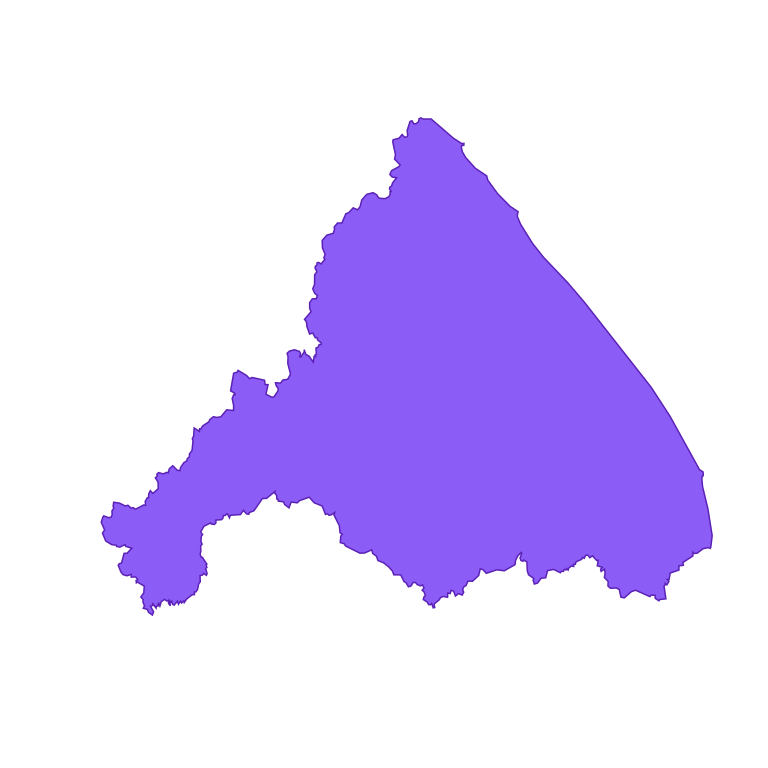 outline of Tomatlán, Jalisco, Mexico, rotated 171°
{"feature_id": "50627088B62386575329079", "entity_name": "Tomatlán", "entity_type": "district", "adm_level": 2, "iso_a3": "MEX", "parent_name": "Mexico", "parent_adm1": "Jalisco", "projection": "equal_earth", "projection_center": [-105.032, 19.938], "detail": "fine", "context": "isolated", "style": "filled", "palette": "violet", "viewbox_px": 768, "rotation_deg": 171, "n_neighbors": 0, "source": "geoboundaries", "source_scale": "gbopen_adm2", "svg_char_len": 6159}
<svg xmlns="http://www.w3.org/2000/svg" viewBox="0 0 768 768"><g transform="rotate(171 384 384)"><path d="M657.5,211.6L655.6,208.8L656.2,206.4L655.3,202.4L656.8,200.1L653.1,198.5L652.2,195.2L648.9,192.0L647.2,195.1L649.4,201.1L646.6,201.4L647.0,204.0L644.2,198.3L643.6,200.2L641.7,200.1L641.0,203.4L640.1,199.7L638.1,203.8L634.4,205.6L632.7,203.8L630.9,203.9L631.1,201.0L629.7,198.3L629.6,203.5L628.5,201.8L627.7,202.6L627.3,199.5L625.9,198.4L622.0,201.9L621.5,198.6L618.9,201.4L618.2,199.4L615.6,201.1L615.5,199.4L612.5,202.5L606.4,205.9L604.2,205.6L603.8,208.3L602.3,208.1L600.3,210.2L598.3,215.6L596.4,217.4L595.7,223.5L593.1,223.7L591.9,225.2L589.4,222.8L588.4,224.3L588.9,229.8L587.6,230.6L588.1,233.1L587.1,233.8L590.6,241.3L591.8,241.7L592.2,244.9L591.0,247.5L590.5,252.5L588.7,254.3L589.4,257.2L588.3,262.2L586.7,263.6L588.2,266.6L584.0,271.7L577.0,273.9L576.5,272.7L573.5,271.8L571.8,273.0L571.3,275.9L565.7,275.4L564.1,276.6L563.3,279.2L561.2,279.0L559.8,280.3L559.0,280.3L557.6,276.0L556.3,278.4L546.2,277.5L542.6,281.2L540.1,277.2L537.9,276.5L537.2,278.1L532.3,279.1L522.0,289.9L517.9,289.4L508.5,294.9L509.1,293.4L507.4,290.6L507.9,287.3L506.5,286.0L506.7,284.8L501.6,283.3L501.0,280.5L497.2,276.5L494.2,281.9L488.2,280.2L485.7,282.0L475.6,283.9L471.5,277.6L464.1,273.1L462.2,264.3L460.1,264.7L458.9,263.0L456.7,263.0L452.8,264.7L453.9,262.4L450.3,251.1L450.7,243.9L448.7,242.1L450.5,240.5L452.0,234.2L448.3,232.5L447.4,230.1L434.3,220.7L429.7,220.1L422.0,222.1L421.7,218.5L418.4,215.1L417.6,210.6L412.2,207.3L407.9,202.5L404.9,197.9L404.2,194.0L397.3,192.8L395.1,185.7L393.3,184.2L391.6,179.9L388.9,180.3L386.3,183.4L383.9,183.0L382.6,180.7L379.5,178.9L377.3,179.5L376.4,176.2L378.6,174.4L376.9,172.2L376.2,168.4L378.0,167.3L378.9,164.9L375.5,162.0L374.4,159.1L372.6,158.7L371.3,159.8L370.4,155.2L368.9,155.3L368.9,158.9L363.0,162.3L361.8,164.1L358.8,164.9L354.6,163.4L353.7,167.6L351.4,166.7L350.0,169.7L347.7,168.5L346.6,163.4L343.2,165.3L339.8,163.3L337.9,165.8L338.4,168.9L336.9,171.2L334.5,172.1L331.8,176.3L327.5,175.3L320.4,180.1L317.8,186.5L315.3,185.1L312.6,181.0L301.6,182.8L294.4,180.7L282.8,185.1L281.7,189.1L278.8,193.3L274.9,196.2L274.4,195.3L276.8,191.0L276.4,188.3L274.5,187.2L273.4,188.2L270.7,185.9L271.7,177.1L271.1,173.0L266.5,168.5L267.4,166.8L266.8,162.9L263.4,163.4L259.2,167.6L254.6,167.3L251.7,174.1L245.4,174.3L239.4,170.0L237.8,171.4L236.1,170.8L234.8,172.7L233.4,171.9L232.6,173.1L231.3,171.4L230.6,173.0L227.6,174.9L225.1,174.1L225.1,176.2L223.2,176.0L222.2,178.3L216.2,179.9L215.1,181.7L213.5,180.5L211.7,183.2L209.5,183.2L207.9,180.2L205.0,181.7L201.5,176.4L200.0,176.4L201.8,171.1L197.1,168.8L199.1,167.1L198.9,165.0L195.1,166.6L195.2,162.7L196.6,158.4L193.5,153.9L194.4,149.4L192.2,146.8L186.5,146.2L183.8,144.2L183.3,136.3L180.0,135.2L172.0,140.3L167.7,140.9L154.6,132.4L153.2,133.7L149.4,133.0L149.6,129.8L146.4,126.9L145.3,128.0L139.2,127.7L139.0,140.7L137.6,141.6L137.5,142.9L136.0,141.4L133.4,144.6L134.7,146.6L133.0,146.4L130.9,152.5L121.8,154.1L121.1,158.3L116.7,158.1L116.8,160.9L105.9,165.8L105.2,169.4L104.4,168.1L101.1,167.9L94.7,171.4L89.5,171.7L87.6,170.6L86.8,171.6L83.6,182.8L83.6,210.1L85.4,232.6L84.9,240.6L84.2,243.0L83.0,243.5L82.6,247.2L85.8,250.1L106.6,307.5L120.7,339.1L172.9,432.7L186.5,455.0L206.5,484.0L215.3,499.6L224.1,520.4L226.2,529.0L224.6,533.2L231.8,539.9L242.0,554.2L249.6,569.0L250.0,573.5L260.0,582.7L267.9,594.9L270.2,600.8L270.6,605.4L269.9,607.4L267.8,607.3L267.4,609.1L269.7,609.4L276.9,615.8L296.0,638.4L303.6,639.5L306.1,641.1L307.9,640.4L308.8,637.7L311.6,636.1L313.8,636.3L315.2,639.6L317.2,639.3L321.5,630.7L321.7,625.8L322.9,624.5L325.0,624.5L327.1,627.6L330.7,624.4L336.8,623.8L337.5,621.8L336.8,608.8L338.4,604.4L333.8,597.9L335.0,596.5L343.0,593.6L345.0,590.9L345.4,589.9L343.5,587.1L339.3,585.8L344.0,581.4L345.6,578.3L347.5,577.4L348.0,575.7L346.8,572.9L347.9,573.0L348.4,570.1L350.0,568.2L353.9,566.9L358.3,567.9L360.2,568.7L361.6,572.0L364.9,574.7L371.4,574.0L377.2,569.2L379.9,562.9L382.8,560.2L386.9,562.8L392.2,558.6L395.0,558.2L400.4,549.6L404.7,550.3L408.6,546.9L408.7,544.3L410.7,540.7L417.1,540.0L422.6,535.5L423.5,528.1L421.9,521.3L423.7,518.0L422.9,516.4L427.4,512.4L429.5,514.3L431.1,514.2L431.6,512.2L433.5,510.9L433.9,509.1L432.7,505.4L435.4,502.7L437.1,493.0L439.5,489.2L438.3,484.5L436.0,481.8L437.5,478.9L441.5,479.3L444.7,476.0L445.6,470.5L444.8,466.8L452.4,460.3L450.8,457.2L451.2,453.2L449.7,445.0L446.3,445.4L444.7,440.5L442.8,440.3L442.7,437.9L439.5,434.3L439.9,432.9L441.9,433.1L443.2,430.8L445.6,430.1L446.2,423.9L447.6,423.4L447.3,421.8L448.7,422.2L450.5,416.6L453.6,423.2L456.5,425.4L457.5,430.4L457.7,428.3L461.8,423.8L463.0,424.1L461.6,427.1L462.4,429.4L467.1,431.8L472.3,431.3L474.9,429.5L474.5,425.9L475.8,419.4L474.8,408.4L478.4,403.7L483.2,403.8L486.0,401.1L491.0,402.2L490.7,399.0L489.2,396.4L489.7,393.9L494.6,388.6L496.7,388.4L502.2,392.4L498.6,401.5L501.5,402.0L501.4,406.4L513.3,411.1L516.0,410.3L518.4,413.9L526.0,420.3L527.2,418.6L530.8,418.2L536.6,401.2L532.7,398.2L532.8,396.8L534.1,397.0L536.2,393.4L535.9,386.0L536.8,381.4L543.4,383.1L550.2,377.2L554.4,377.1L557.5,378.4L561.7,376.1L562.8,374.1L569.6,371.0L572.0,368.3L573.2,368.6L573.7,366.0L578.4,370.3L580.1,362.5L581.9,359.9L581.5,357.8L584.0,348.4L587.1,345.4L587.6,342.6L590.0,341.0L590.9,338.9L594.0,337.6L598.0,333.3L599.1,330.3L601.7,331.2L605.4,336.3L609.3,333.9L611.0,330.0L612.6,330.8L615.9,329.7L620.6,331.8L622.5,330.3L622.2,328.7L624.5,327.1L622.5,322.4L623.4,315.9L629.4,312.1L631.5,315.2L633.6,312.2L634.4,308.4L635.6,308.6L638.2,305.5L638.4,301.6L640.3,302.1L649.0,299.2L651.3,301.2L653.1,300.9L655.9,304.3L658.6,304.0L664.0,307.8L669.5,309.5L670.7,305.5L670.3,303.6L672.5,301.3L673.0,297.2L674.3,295.2L676.8,295.0L681.4,297.6L682.4,296.7L684.9,291.7L682.8,283.6L685.4,280.7L683.4,272.5L677.9,267.8L673.8,266.8L673.5,265.4L670.4,264.2L664.9,265.9L664.6,264.1L658.8,261.2L664.2,257.1L667.2,257.4L671.3,248.1L673.5,248.0L674.9,246.5L673.2,239.3L671.5,236.5L667.9,234.8L663.5,235.5L663.9,232.9L659.4,232.2L657.7,229.3L659.6,228.7L659.7,226.4L658.7,227.0L652.4,221.9L653.9,215.4L657.5,211.6Z" fill="#8b5cf6" stroke="#5b21b6" stroke-width="1.5"/></g></svg>